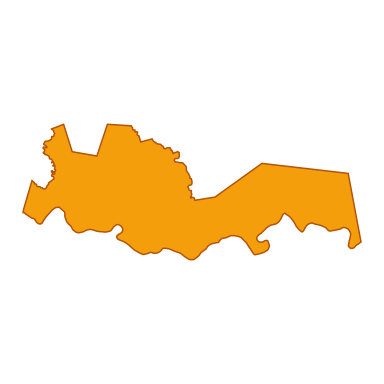 the district of San Miguel (La Dorada), Putumayo, Colombia
{"feature_id": "7082276B25468013916959", "entity_name": "San Miguel (La Dorada)", "entity_type": "district", "adm_level": 2, "iso_a3": "COL", "parent_name": "Colombia", "parent_adm1": "Putumayo", "projection": "robinson", "projection_center": [-76.899, 0.311], "detail": "fine", "context": "isolated", "style": "filled", "palette": "amber", "viewbox_px": 384, "rotation_deg": 0, "n_neighbors": 0, "source": "geoboundaries", "source_scale": "gbopen_adm2", "svg_char_len": 5941}
<svg xmlns="http://www.w3.org/2000/svg" viewBox="0 0 384 384"><path d="M23.0,212.6L24.5,212.6L25.0,213.5L26.4,214.6L27.8,215.4L31.7,218.1L33.4,218.5L34.6,219.1L36.3,222.0L37.5,223.1L39.0,223.9L40.9,223.9L42.2,223.0L43.7,220.2L44.8,218.8L45.8,217.2L52.5,209.7L55.4,207.7L57.8,207.3L59.2,207.2L64.6,212.0L64.8,213.0L64.9,214.3L64.8,215.9L65.2,217.6L65.7,219.1L66.7,221.7L68.3,223.8L70.9,226.1L72.9,229.8L74.5,231.1L76.3,232.3L78.0,232.7L79.1,232.7L81.8,232.2L83.6,231.6L85.3,230.7L87.8,229.8L90.0,229.4L92.2,229.7L97.3,231.3L99.9,231.7L101.3,231.7L105.4,232.1L109.3,231.4L110.8,230.7L111.5,229.9L113.7,226.8L115.9,225.2L117.0,224.6L118.1,224.6L119.6,225.0L121.1,226.2L122.5,228.0L122.8,229.9L122.4,231.4L121.4,232.7L119.7,233.8L118.4,234.5L117.2,235.4L116.8,236.4L116.8,237.5L117.3,238.3L117.9,239.1L119.0,239.7L120.4,240.4L123.1,241.3L125.9,242.9L128.8,245.0L134.3,250.0L137.1,251.5L138.6,252.5L139.8,253.0L141.5,253.9L143.7,254.5L148.5,253.3L149.7,252.6L150.5,252.4L152.2,252.6L153.2,253.2L153.7,253.3L157.4,253.0L159.9,251.6L161.2,250.5L161.7,249.6L162.6,248.7L163.5,248.2L165.2,248.3L169.1,248.8L174.4,251.1L179.5,252.9L180.8,253.5L184.5,256.5L187.9,258.7L189.3,259.4L191.1,259.7L192.7,259.7L194.1,259.3L197.2,257.2L198.7,255.8L201.2,252.5L204.3,250.1L205.9,249.1L206.6,248.2L207.1,247.1L207.9,246.2L209.9,244.6L211.0,244.1L213.5,243.3L216.6,242.7L218.1,242.5L218.9,242.0L219.4,241.1L220.3,239.9L221.5,238.8L222.7,238.2L224.9,238.0L226.4,237.6L231.0,235.6L234.3,235.7L235.8,235.9L239.1,236.6L241.1,237.5L242.0,238.3L242.7,239.2L245.6,241.9L246.4,242.8L247.0,243.7L249.1,247.2L250.4,248.9L251.4,250.6L252.6,252.4L253.9,254.2L254.8,254.7L255.6,254.7L257.4,254.2L259.2,253.9L263.7,252.4L266.8,250.6L267.6,250.0L268.4,249.0L269.1,247.1L269.4,245.7L269.0,244.0L268.4,242.7L267.8,240.9L267.4,240.5L266.5,240.4L265.4,240.6L264.5,240.8L263.4,241.7L261.9,242.1L259.7,242.1L258.4,241.5L257.7,240.7L257.2,240.0L256.6,238.2L257.1,236.8L257.9,235.8L259.0,234.7L261.0,233.4L266.9,227.6L268.9,226.2L270.2,225.4L272.1,224.8L275.8,224.0L278.4,222.3L279.8,220.5L280.8,219.1L281.5,217.4L283.0,214.5L283.8,213.6L284.4,213.3L285.1,213.3L285.7,213.7L286.1,214.3L288.3,215.6L289.5,216.5L291.1,218.3L294.1,222.1L296.3,226.4L299.1,229.7L300.6,231.0L301.7,231.8L302.4,231.9L303.0,231.4L303.6,230.7L305.4,227.4L306.3,225.9L307.7,224.5L310.5,223.1L312.5,223.1L315.3,224.2L319.5,225.0L321.1,225.5L324.7,227.1L326.0,227.9L328.3,230.4L329.3,231.0L330.7,231.0L336.5,229.9L340.3,229.0L341.2,228.7L342.3,227.8L343.0,227.5L344.6,227.6L346.2,228.0L348.0,229.0L349.4,230.7L350.2,232.3L350.7,234.1L350.4,236.4L349.2,240.9L348.4,245.4L348.9,246.8L350.0,247.9L351.1,248.5L353.0,248.2L354.4,247.4L355.6,245.9L357.0,244.8L358.5,243.9L361.0,242.0L348.2,173.4L261.9,163.4L215.0,197.1L194.7,200.3L194.3,198.3L193.9,197.7L192.5,197.3L192.0,197.2L191.7,197.3L191.0,198.0L190.6,197.9L190.5,197.5L190.7,197.1L191.8,194.4L191.8,194.0L191.6,193.7L191.3,192.7L191.4,190.9L191.3,190.6L190.2,190.5L189.6,190.3L189.2,190.0L188.8,189.3L188.6,188.4L188.3,187.5L187.8,187.2L188.0,186.6L189.4,185.1L190.5,185.2L191.5,184.6L191.8,183.9L192.0,182.5L192.0,181.3L191.3,178.8L191.2,178.7L190.5,178.7L190.0,178.3L189.9,177.9L190.0,177.3L189.7,176.1L189.1,175.1L188.8,174.1L186.4,170.7L186.3,167.4L186.0,166.7L185.9,166.1L184.8,165.3L184.1,164.3L183.4,163.6L182.7,163.1L182.6,162.7L180.6,162.8L178.9,162.5L177.7,162.1L176.3,162.1L175.6,161.8L175.2,162.0L175.0,161.9L174.3,160.5L174.2,160.2L174.4,159.7L175.0,158.8L175.4,158.6L177.9,158.5L178.5,158.0L178.9,157.6L179.1,157.0L179.3,156.0L179.3,155.0L179.0,153.3L179.2,152.6L178.3,152.1L177.8,151.6L177.6,151.6L175.7,152.5L174.5,152.5L173.7,153.2L173.5,153.6L173.3,153.6L173.1,153.5L172.7,152.8L172.4,151.1L172.0,150.5L171.4,150.4L171.0,150.1L171.0,149.3L170.6,148.9L169.9,147.7L169.7,147.6L168.7,147.8L167.1,147.8L166.8,147.9L165.8,148.6L165.4,148.8L164.5,148.8L164.2,148.6L163.7,148.0L163.6,147.2L163.2,146.5L162.1,145.8L160.3,144.2L158.1,144.0L157.0,143.7L156.5,143.5L156.0,143.0L155.7,142.3L155.1,142.4L154.7,142.3L154.0,141.5L153.4,141.2L153.0,140.6L152.6,140.1L152.6,139.7L152.1,138.9L140.7,142.0L140.5,141.0L139.6,138.5L139.4,137.2L138.9,135.8L137.5,135.2L137.2,134.7L137.1,134.0L137.4,133.5L137.6,133.0L137.5,132.1L137.4,131.9L137.0,131.8L136.0,131.8L135.5,132.0L135.0,131.9L135.0,130.1L134.8,130.0L133.4,130.1L132.9,129.9L132.6,128.0L132.1,127.2L131.3,126.1L131.2,125.8L107.4,124.3L96.9,156.0L72.2,151.7L63.6,124.3L51.5,129.0L51.9,129.5L53.1,130.1L53.5,130.9L54.0,132.3L54.7,133.3L54.7,133.5L54.0,134.5L53.9,135.8L53.8,136.2L53.2,136.6L52.0,136.4L51.8,136.6L51.6,137.1L51.5,138.6L51.2,139.3L51.0,139.6L49.5,140.4L47.8,141.1L45.6,141.2L45.2,141.4L44.7,142.1L43.8,143.8L43.8,144.4L44.0,144.8L45.0,145.1L46.4,146.2L46.7,146.6L46.9,147.3L46.7,147.7L46.4,147.8L45.5,147.5L44.3,147.0L43.4,147.1L43.1,147.7L43.2,148.4L43.9,149.0L44.6,149.4L44.7,150.4L44.5,151.3L43.3,152.6L43.4,153.0L43.7,153.4L44.4,153.2L44.7,153.4L44.9,154.4L45.2,154.7L45.8,154.5L46.0,154.6L48.6,155.9L49.2,157.1L49.5,158.6L50.2,159.1L51.3,159.1L51.9,159.7L52.4,161.0L52.3,161.5L51.7,162.3L51.7,162.5L51.8,162.8L52.3,162.7L53.0,162.0L53.2,161.9L53.6,162.5L53.9,163.5L53.9,164.4L53.3,165.2L52.9,165.5L52.9,165.8L53.0,166.0L53.5,166.1L54.2,165.0L54.4,165.0L54.8,165.3L54.9,167.4L54.9,168.0L54.4,168.9L54.7,169.4L55.5,169.9L55.6,170.6L55.4,171.2L54.3,171.4L53.2,171.8L52.7,171.6L52.3,170.8L52.0,170.7L51.6,170.9L51.4,171.5L51.5,172.0L52.3,173.1L52.9,173.1L53.3,172.4L53.5,172.3L54.2,172.3L54.8,172.8L54.7,173.8L54.4,174.1L53.8,174.4L52.6,174.2L51.9,174.8L51.6,175.4L51.7,176.0L51.9,176.3L53.3,176.7L53.6,177.0L53.9,178.1L53.9,178.8L48.5,183.0L48.6,184.1L47.3,185.6L46.2,188.0L45.7,188.4L44.3,189.1L43.4,188.9L42.4,187.9L40.9,187.8L40.6,187.6L40.5,187.2L40.1,186.8L39.7,186.6L37.3,186.6L36.9,186.1L36.8,185.2L36.6,184.7L36.4,184.4L35.9,184.0L35.5,183.9L34.7,184.0L34.6,183.9L34.4,182.8L34.2,182.5L32.0,180.6L23.7,208.9L23.0,212.6Z" fill="#f59e0b" stroke="#b45309" stroke-width="1.5"/></svg>